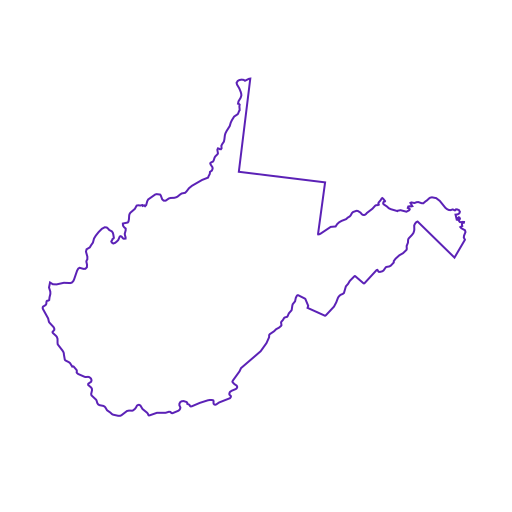 the border of West Virginia, rotated 7°
{"feature_id": "USA-3554", "entity_name": "West Virginia", "entity_type": "State", "adm_level": 1, "iso_a3": "USA", "parent_name": "United States of America", "parent_adm1": "", "projection": "robinson", "projection_center": [-80.323, 38.926], "detail": "fine", "context": "isolated", "style": "outline", "palette": "violet", "viewbox_px": 512, "rotation_deg": 7, "n_neighbors": 0, "source": "natural_earth", "source_scale": "10m", "svg_char_len": 6074}
<svg xmlns="http://www.w3.org/2000/svg" viewBox="0 0 512 512"><g transform="rotate(7 256 256)"><path d="M54.8,307.4L57.8,308.8L61.5,308.5L68.6,306.0L74.9,305.5L76.4,304.9L77.7,303.2L78.3,301.4L80.2,292.4L81.1,290.2L82.3,289.2L86.3,289.8L88.2,289.5L89.5,287.8L89.4,285.4L88.3,282.3L88.4,281.2L89.0,279.8L88.7,277.2L86.7,272.4L87.0,270.0L90.0,267.7L91.0,265.4L92.5,262.6L93.1,258.4L94.5,255.3L96.9,251.4L99.7,247.8L102.4,245.9L104.4,245.9L105.9,246.9L107.2,248.1L109.9,249.1L111.0,250.3L111.7,251.9L112.7,255.3L112.5,255.9L111.5,256.7L111.2,258.0L110.6,259.1L111.2,260.2L112.8,261.0L114.6,260.1L116.2,258.4L117.3,257.0L118.4,253.3L119.3,252.8L120.3,253.2L121.8,254.7L122.7,255.0L124.4,254.6L124.3,253.4L123.6,251.8L123.0,250.1L123.5,246.4L123.3,244.6L121.7,243.6L120.5,242.3L120.2,241.7L119.9,240.0L124.6,238.4L125.2,237.4L125.4,235.1L125.2,231.3L125.3,230.0L126.0,228.4L130.0,224.0L131.4,220.5L133.0,220.0L135.1,220.0L136.9,219.3L137.5,220.1L138.7,219.3L139.8,220.1L140.8,218.8L141.4,214.8L142.1,213.0L148.4,207.3L149.8,206.7L153.3,206.7L154.1,207.5L156.0,211.2L157.6,212.3L159.6,212.1L162.5,209.5L164.2,208.8L167.8,208.2L169.5,207.5L170.8,206.7L173.2,204.2L174.6,203.0L178.0,201.9L179.2,200.3L181.2,196.9L183.9,194.1L193.2,187.1L198.9,184.0L199.1,182.9L200.1,180.2L200.1,178.1L201.8,176.6L202.3,174.6L202.0,173.3L199.8,170.7L199.3,169.5L200.0,168.6L201.8,167.5L202.3,166.4L202.9,163.4L203.4,162.2L205.5,159.5L205.7,158.7L204.7,155.3L205.1,153.8L206.0,153.9L207.1,154.4L208.2,154.3L208.7,153.3L208.2,150.8L208.8,149.1L210.2,146.4L210.4,144.1L210.4,139.9L210.7,138.0L211.6,135.5L214.1,130.2L214.7,126.6L215.5,124.2L217.3,120.3L220.3,117.7L220.8,117.1L221.6,114.0L222.0,113.4L221.8,112.0L221.3,109.8L221.3,107.7L220.4,107.1L219.6,107.0L219.8,104.6L221.5,100.7L221.9,98.4L221.6,96.9L220.9,95.1L219.0,91.7L216.3,88.2L215.6,86.5L216.5,84.5L218.0,83.4L220.2,82.7L222.3,82.7L223.7,83.4L227.4,81.0L228.7,80.6L228.7,174.5L315.6,174.5L314.9,226.7L315.1,227.0L316.2,226.7L317.3,226.0L326.6,218.0L331.4,217.0L332.7,214.4L334.4,212.4L336.7,210.7L341.0,208.4L342.3,206.8L344.2,205.3L345.0,204.2L346.0,201.7L347.0,200.5L350.2,198.9L351.6,198.9L354.4,200.2L355.9,201.6L356.8,202.1L358.2,202.2L359.1,201.8L360.0,201.0L360.8,199.8L365.8,194.9L368.2,191.5L368.9,191.0L370.8,190.6L371.6,190.1L371.0,188.8L371.3,187.8L372.8,185.6L373.8,183.5L374.3,183.1L375.3,183.7L377.4,185.8L377.3,186.1L376.2,186.6L375.9,187.1L375.8,188.2L376.3,189.1L379.9,190.9L382.0,192.4L384.1,193.1L390.9,194.2L391.1,193.8L393.9,192.9L399.9,193.7L402.5,191.9L402.9,190.8L402.5,190.3L400.8,189.8L401.1,188.3L402.4,187.9L404.0,187.9L405.1,187.5L402.8,184.5L403.6,183.9L406.8,184.1L408.9,183.0L410.6,182.7L413.9,183.4L415.6,183.3L417.7,181.0L418.7,180.2L421.1,177.4L421.8,176.9L423.5,176.3L427.8,176.6L431.7,178.9L438.1,185.1L439.7,186.1L441.6,186.8L443.4,186.8L445.6,185.8L447.9,186.5L448.4,186.1L448.8,185.3L449.8,185.2L451.8,185.7L453.0,187.3L452.6,188.9L451.1,190.1L449.0,190.6L450.8,195.5L451.3,195.5L451.9,193.5L452.6,192.8L453.3,193.1L453.9,194.2L453.1,195.6L453.0,196.2L454.1,197.4L455.3,197.5L456.7,197.0L458.3,196.9L458.3,197.6L457.1,198.0L456.6,198.7L456.6,199.9L457.1,201.1L455.3,202.4L456.4,203.4L460.3,205.0L461.0,206.7L460.0,210.5L460.0,212.3L461.4,214.4L453.2,233.4L412.2,202.1L411.1,202.7L409.9,204.5L409.3,206.4L409.9,210.4L409.9,211.5L409.6,213.3L409.3,214.3L408.1,216.3L405.5,219.8L405.1,220.7L405.0,221.7L405.2,224.2L404.3,227.7L404.8,230.7L404.6,231.6L404.2,232.1L401.6,235.3L398.2,237.8L394.9,241.6L393.4,244.2L393.5,245.7L390.9,249.2L389.6,250.1L386.7,251.0L386.2,251.4L384.3,254.9L383.2,255.8L381.2,256.6L380.0,256.8L379.3,256.4L378.2,255.0L377.4,255.3L367.0,269.8L366.5,270.1L365.9,269.9L356.9,263.9L356.4,263.9L356.0,264.3L352.5,268.8L351.9,269.8L350.8,272.4L348.9,275.2L347.8,282.0L346.8,283.0L344.6,284.3L343.8,285.2L343.0,286.3L342.4,287.7L341.3,292.2L339.6,296.7L332.6,306.3L331.8,306.9L313.5,301.2L313.9,299.1L310.2,292.6L309.7,292.3L302.7,289.8L302.2,289.8L301.6,290.2L301.2,291.0L300.6,292.7L300.3,296.2L298.3,299.4L298.1,300.8L298.0,305.1L297.8,305.7L295.6,308.9L294.7,311.9L294.4,312.5L291.9,313.6L291.5,314.0L290.5,316.3L289.2,318.1L289.0,319.0L289.7,321.6L289.4,322.3L287.6,324.3L284.9,326.2L283.1,328.5L279.2,331.9L278.7,332.9L278.9,334.8L278.8,335.4L277.0,341.2L272.2,350.0L254.8,369.1L253.7,372.5L248.3,382.3L247.9,383.4L248.2,384.2L250.2,385.8L252.6,387.0L253.2,387.9L253.3,388.8L252.8,389.9L252.0,390.6L248.3,392.7L246.8,394.0L246.5,394.7L246.3,395.9L246.5,396.8L248.2,398.2L248.1,399.3L247.8,399.8L247.5,400.3L237.2,405.9L234.7,408.1L233.7,408.6L232.8,408.5L232.1,408.0L231.7,407.1L231.6,405.3L231.2,404.5L229.8,404.3L227.8,404.5L225.8,405.1L218.2,408.6L210.6,413.0L209.6,413.3L209.0,413.1L208.0,411.8L205.8,411.1L205.6,410.0L204.9,409.4L201.8,408.8L199.8,409.3L198.7,410.2L198.0,411.8L198.1,413.4L199.4,415.6L199.3,416.9L198.8,418.0L197.9,419.0L192.3,422.2L191.2,422.2L190.1,421.2L188.6,421.2L185.5,422.6L176.8,423.7L169.9,427.1L169.0,427.3L168.6,427.0L167.8,425.6L166.8,424.7L162.0,421.7L159.5,418.5L158.3,418.0L157.3,418.1L156.1,419.0L155.3,421.1L154.4,422.6L152.7,424.3L152.1,424.6L148.8,424.9L146.8,425.6L141.8,430.5L140.6,431.2L138.6,431.4L133.5,430.9L132.5,430.6L130.4,429.1L127.0,427.3L124.8,424.5L124.0,423.9L122.8,423.4L118.7,423.1L117.4,422.5L116.4,421.3L115.4,419.0L114.9,418.2L109.7,414.4L109.2,413.0L109.6,409.3L109.3,407.8L108.5,406.7L105.2,404.5L105.0,403.6L105.2,403.1L107.7,400.9L107.9,399.4L107.3,398.0L106.6,397.3L105.1,396.5L104.1,396.4L101.6,396.9L100.6,396.8L93.9,394.8L92.8,394.1L92.2,393.5L92.2,391.9L91.8,391.0L88.5,388.0L87.8,387.8L87.1,388.2L84.5,385.0L83.2,384.2L79.9,383.0L79.2,382.6L78.8,382.0L77.3,377.1L77.1,376.0L76.6,374.9L75.5,373.5L70.0,367.9L69.6,366.4L69.1,362.4L68.2,360.6L67.2,359.6L63.8,357.2L63.4,356.7L63.3,356.2L64.8,353.9L64.7,352.9L64.4,352.2L63.7,351.2L59.1,347.3L58.5,346.6L57.3,343.3L51.0,334.6L50.6,333.7L50.6,332.7L50.8,332.2L52.6,330.8L53.5,329.8L53.7,328.8L53.6,327.2L53.8,326.2L54.1,325.9L55.5,325.5L56.1,324.9L56.1,322.2L56.5,318.7L56.2,316.5L54.4,312.5L54.8,307.4Z" fill="none" stroke="#5b21b6" stroke-width="2"/></g></svg>